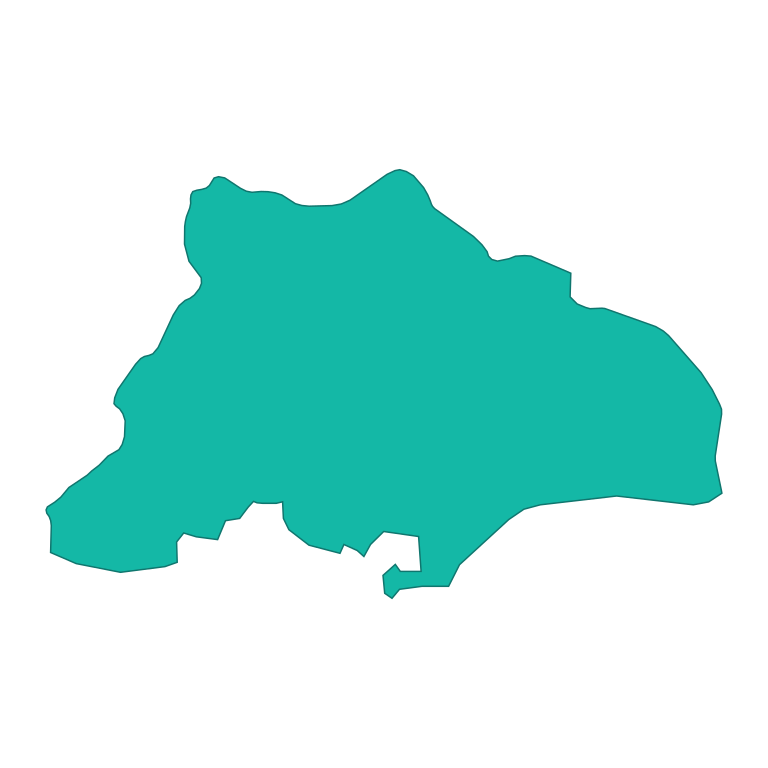 SVG path tracing the border of Limassol
{"feature_id": "CYP-3489", "entity_name": "Limassol", "entity_type": "District", "adm_level": 1, "iso_a3": "CYP", "parent_name": "Cyprus", "parent_adm1": "", "projection": "robinson", "projection_center": [32.895, 34.793], "detail": "fine", "context": "isolated", "style": "filled", "palette": "teal", "viewbox_px": 768, "rotation_deg": 0, "n_neighbors": 0, "source": "natural_earth", "source_scale": "10m", "svg_char_len": 1954}
<svg xmlns="http://www.w3.org/2000/svg" viewBox="0 0 768 768"><path d="M262.5,503.3L257.0,502.8L253.5,501.4L248.3,507.0L243.2,513.7L239.7,518.4L225.5,520.7L217.6,539.6L196.3,536.8L183.7,533.0L176.6,542.0L177.2,562.3L165.0,566.6L120.5,572.3L76.2,563.6L50.6,552.5L51.3,525.6L50.7,520.7L49.2,516.6L46.8,513.2L46.1,509.9L47.4,506.9L54.7,502.2L60.9,497.1L68.9,487.5L87.2,475.2L91.8,470.9L99.2,465.2L108.0,456.1L118.9,449.7L122.2,444.5L124.5,436.7L125.2,420.8L122.9,413.7L119.6,408.8L116.3,406.4L114.0,403.7L114.7,397.8L118.0,389.3L135.6,364.2L140.7,358.6L144.4,356.5L149.0,355.4L152.9,353.8L158.1,347.6L173.3,314.9L179.2,305.6L185.2,300.4L190.0,298.3L194.4,295.0L199.5,288.5L201.5,283.3L201.2,277.7L189.0,261.3L184.5,244.1L184.7,226.5L185.4,221.5L186.5,216.6L189.8,207.9L190.7,203.3L190.5,198.9L191.0,194.9L192.8,191.6L196.9,190.2L201.7,189.4L206.2,188.1L209.4,185.5L214.1,178.0L218.5,176.7L224.7,177.9L240.5,188.3L246.3,191.2L252.0,192.3L261.1,191.5L268.0,191.7L275.1,192.8L281.9,195.0L295.4,203.7L301.9,205.5L309.1,206.2L332.0,205.6L341.2,204.0L350.0,200.2L387.1,174.3L395.0,170.6L399.8,169.7L406.3,171.5L413.5,175.8L423.6,187.6L427.7,194.8L430.2,200.7L431.4,204.2L432.5,206.3L434.7,208.7L473.5,236.5L482.0,244.8L487.1,251.7L488.5,256.2L491.8,259.5L497.5,261.1L509.1,258.7L515.5,256.2L524.6,255.6L531.0,256.1L570.8,273.2L570.1,296.9L577.2,304.0L585.7,307.5L590.0,308.7L601.9,308.2L604.8,308.5L655.7,326.6L663.4,331.1L668.7,335.7L701.1,372.7L712.2,389.6L719.5,404.1L721.5,409.2L721.6,414.1L715.2,456.0L715.3,461.0L721.4,490.5L721.9,493.2L708.7,501.9L693.3,504.8L616.6,496.0L540.3,504.8L523.9,509.2L508.8,519.5L459.5,564.7L448.6,586.3L422.1,586.3L399.5,589.3L392.0,598.3L384.7,593.3L383.0,575.4L395.3,564.4L400.3,571.4L421.1,571.4L418.6,536.5L383.7,531.5L370.5,544.5L363.9,556.5L357.2,550.5L343.9,544.5L340.0,553.3L309.0,545.2L288.9,529.7L283.4,518.4L282.6,501.8L276.3,503.3L268.0,503.3L262.5,503.3Z" fill="#14b8a6" stroke="#0f766e" stroke-width="1.5"/></svg>